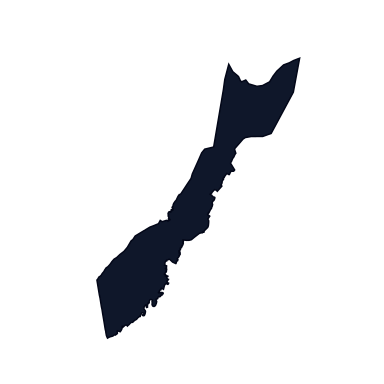 the district of Ebonyi, Ebonyi, Nigeria, rotated 28°
{"feature_id": "59680162B19549725656045", "entity_name": "Ebonyi", "entity_type": "district", "adm_level": 2, "iso_a3": "NGA", "parent_name": "Nigeria", "parent_adm1": "Ebonyi", "projection": "equal_earth", "projection_center": [8.133, 6.541], "detail": "fine", "context": "isolated", "style": "filled", "palette": "ink", "viewbox_px": 384, "rotation_deg": 28, "n_neighbors": 0, "source": "geoboundaries", "source_scale": "gbopen_adm2", "svg_char_len": 6031}
<svg xmlns="http://www.w3.org/2000/svg" viewBox="0 0 384 384"><g transform="rotate(28 192 192)"><path d="M204.7,326.2L204.3,325.5L204.5,324.3L204.3,322.5L204.4,322.3L204.8,321.9L205.8,321.6L207.0,322.0L207.2,323.0L206.9,323.3L206.1,323.4L206.1,323.9L206.3,324.2L207.2,324.1L207.9,323.4L207.8,321.8L207.4,320.3L206.9,319.1L206.5,318.8L205.6,318.3L204.4,317.9L204.2,317.2L203.7,316.1L204.0,313.5L204.4,313.3L204.7,313.2L205.1,313.5L205.4,314.1L205.7,314.9L205.9,315.2L206.2,315.3L206.8,314.6L206.0,313.2L205.6,311.4L205.3,311.1L205.4,310.5L205.8,310.5L206.1,310.4L206.1,309.6L205.7,309.1L205.4,308.0L205.4,307.2L205.6,306.6L206.2,306.1L207.6,306.0L208.0,306.1L208.0,307.1L208.2,307.6L208.7,308.2L209.6,310.2L210.6,311.0L211.4,311.2L212.3,310.8L213.0,309.5L212.8,307.1L212.3,305.4L212.1,305.1L211.6,305.1L211.4,304.9L211.2,304.3L210.8,303.9L210.7,303.6L210.8,303.1L211.4,302.8L211.8,302.2L211.7,301.9L211.4,301.5L211.4,301.2L211.7,299.9L211.8,299.8L212.3,299.9L212.7,299.7L213.2,298.8L212.9,298.1L213.1,297.6L213.8,297.3L213.9,296.9L213.5,296.6L213.1,296.7L212.7,296.3L212.7,296.0L212.9,295.8L213.2,295.6L213.6,295.5L213.8,295.8L214.1,295.7L214.3,295.4L214.0,294.8L213.6,294.6L213.0,294.7L211.0,295.6L210.8,295.6L210.3,296.7L209.7,296.7L209.6,296.4L209.7,296.1L209.6,294.2L209.8,293.5L210.4,293.2L210.5,292.9L210.3,292.3L210.0,291.8L210.0,291.4L210.5,291.2L212.5,291.3L211.4,286.9L211.7,286.5L211.7,285.7L211.8,285.2L212.3,285.2L213.1,284.9L213.8,285.0L214.1,284.8L214.3,283.9L214.0,283.4L213.0,284.1L212.9,284.1L212.7,283.9L212.5,283.6L212.5,283.3L212.4,283.0L212.1,283.0L211.6,282.3L211.6,282.1L212.1,281.5L212.2,280.2L211.6,280.3L210.7,280.1L209.6,279.2L209.4,278.8L209.5,278.6L210.0,278.5L210.3,278.1L210.4,277.9L210.3,277.7L210.2,277.6L209.7,277.8L209.1,277.7L208.7,277.9L208.6,278.1L208.4,278.6L207.9,278.7L207.8,278.3L207.9,278.0L207.9,277.6L207.7,277.5L207.0,277.6L206.9,277.2L206.7,277.2L206.5,277.4L206.2,277.6L206.0,277.4L206.5,275.1L206.6,274.9L206.8,274.7L206.7,274.3L206.1,274.3L206.0,274.0L206.3,273.4L206.2,272.7L206.1,272.4L205.7,272.2L205.5,271.7L205.3,271.2L205.1,271.2L204.8,272.0L204.7,272.2L204.4,272.1L204.4,271.3L204.7,270.1L204.2,269.1L202.2,269.5L202.0,268.4L201.2,267.3L201.4,264.8L202.0,264.7L201.8,263.8L202.5,263.3L203.3,262.1L204.1,262.0L207.8,263.0L211.3,262.8L211.4,261.8L210.8,261.0L211.2,259.9L211.2,259.3L211.5,259.3L211.4,258.4L210.9,258.2L210.3,257.8L210.8,255.4L210.7,253.7L210.3,253.8L210.3,253.7L210.7,253.2L210.7,252.8L210.8,252.7L210.3,251.7L210.1,251.8L209.8,251.1L209.1,251.7L209.0,251.3L209.3,251.0L209.3,250.8L209.2,250.8L208.8,251.0L208.5,250.8L208.5,250.4L208.8,250.1L208.7,250.0L208.6,249.8L208.6,249.5L208.3,249.5L208.4,249.3L208.6,249.1L208.9,248.4L208.8,248.2L208.6,248.2L208.5,247.8L208.2,247.5L208.0,247.2L208.4,246.9L208.4,246.2L208.8,246.0L208.7,245.4L208.4,245.4L208.3,244.8L208.3,244.4L208.7,244.5L208.7,242.9L208.5,241.7L208.2,241.7L208.1,241.2L207.9,240.5L207.4,240.6L207.3,240.1L207.5,239.6L207.3,239.0L206.9,239.2L206.5,238.5L206.6,238.3L207.9,238.0L210.0,237.2L212.1,236.0L213.5,234.8L213.9,234.3L215.3,230.9L217.9,225.1L219.4,223.6L220.1,223.4L220.0,222.5L220.9,222.3L221.2,222.1L221.4,221.8L221.1,221.5L221.2,220.9L221.1,220.4L222.5,215.9L222.4,214.8L222.2,213.9L221.3,211.7L220.7,210.4L220.1,209.4L218.7,208.5L219.0,205.0L217.8,204.8L216.4,204.7L216.2,202.9L216.6,203.0L216.7,202.2L216.4,202.1L216.7,201.2L216.6,200.4L216.6,198.6L216.9,197.5L216.6,196.5L216.5,194.9L216.3,194.2L216.0,193.2L214.9,192.3L214.8,191.6L214.7,191.5L214.6,191.2L214.6,190.9L214.8,190.9L214.8,190.1L215.0,189.9L215.1,189.5L215.3,189.2L215.2,187.3L214.8,186.2L214.4,186.0L213.2,186.4L212.4,186.2L212.1,186.0L211.8,186.1L211.2,185.9L210.8,185.5L210.2,185.6L209.0,185.4L209.2,184.4L209.7,184.1L209.9,183.7L209.9,182.7L210.8,179.3L212.6,179.0L214.0,179.5L215.6,172.8L215.0,172.4L214.3,172.3L214.4,170.6L214.0,169.2L213.6,168.6L213.8,166.0L213.1,165.9L213.2,164.1L213.6,164.1L213.5,163.0L214.0,159.3L216.4,159.3L216.8,159.0L216.7,158.6L216.7,156.7L216.6,154.9L217.2,155.1L219.0,154.1L219.2,153.3L219.3,152.5L212.5,148.5L212.4,147.6L212.5,146.5L212.2,143.3L212.5,141.4L212.3,139.0L212.4,137.6L212.5,137.2L210.4,135.2L209.3,133.9L212.2,121.3L213.5,118.9L218.1,115.3L228.4,109.7L234.4,103.1L234.6,56.3L224.2,23.3L220.0,28.2L217.3,32.2L213.2,36.8L210.2,45.4L209.2,51.4L208.8,58.3L204.3,64.9L199.7,68.2L191.3,69.9L186.9,67.9L184.0,71.5L182.3,70.9L178.8,68.2L171.5,66.6L164.5,62.0L168.1,77.2L171.7,87.0L190.0,142.1L183.1,148.2L182.2,152.9L182.9,162.3L183.8,175.9L184.8,180.4L184.2,186.2L183.1,198.2L183.0,198.9L182.5,199.7L182.1,200.9L181.9,200.8L181.7,202.3L181.9,206.9L181.5,208.0L181.2,210.7L181.5,212.6L181.9,213.2L181.6,214.8L182.5,215.0L182.9,214.9L182.9,214.6L183.1,215.1L182.8,215.6L183.0,215.7L183.6,217.3L183.4,217.5L182.9,217.5L182.2,217.1L182.0,217.4L182.7,219.0L182.7,219.6L182.5,219.8L181.9,219.5L180.9,220.5L180.8,221.0L181.1,222.7L181.6,222.8L182.0,223.0L182.1,224.3L183.4,225.3L183.9,226.0L183.8,226.6L184.2,226.9L184.9,226.4L185.6,226.7L185.5,227.4L184.5,229.0L183.9,228.5L182.6,229.2L179.6,232.2L177.3,232.0L177.3,235.7L174.1,239.6L171.3,242.8L162.5,257.5L162.1,261.8L161.2,263.7L160.9,271.2L159.8,276.4L157.7,281.0L156.3,285.2L154.7,287.9L154.0,291.0L153.6,294.4L152.8,297.5L151.8,299.3L151.5,302.3L151.6,303.4L151.0,306.1L150.9,308.8L150.7,308.8L150.5,309.5L150.0,310.2L149.7,310.9L149.7,312.8L149.4,314.4L158.7,326.6L160.5,328.7L166.0,336.0L166.9,337.0L167.8,338.1L170.1,341.2L174.8,347.3L179.8,353.9L181.4,355.7L181.9,356.5L183.7,358.8L184.8,359.8L186.0,360.7L186.9,359.3L187.3,358.7L189.7,356.4L190.4,355.0L191.1,354.0L191.5,354.2L192.3,352.7L192.5,351.9L192.4,351.8L192.1,351.2L191.5,350.6L191.0,349.6L190.6,349.7L194.2,349.1L194.4,347.7L194.4,346.4L194.2,345.2L193.8,344.1L193.4,343.3L193.9,343.0L194.6,343.5L195.5,341.1L196.0,340.6L196.6,340.3L197.1,340.3L197.9,340.7L198.2,339.7L198.5,339.1L198.8,338.1L199.2,336.4L199.3,336.0L200.8,334.9L201.2,333.5L201.7,332.2L202.8,330.5L203.3,328.2L204.1,326.6L204.7,326.2Z" fill="#0f172a" stroke="#020617" stroke-width="1.5"/></g></svg>